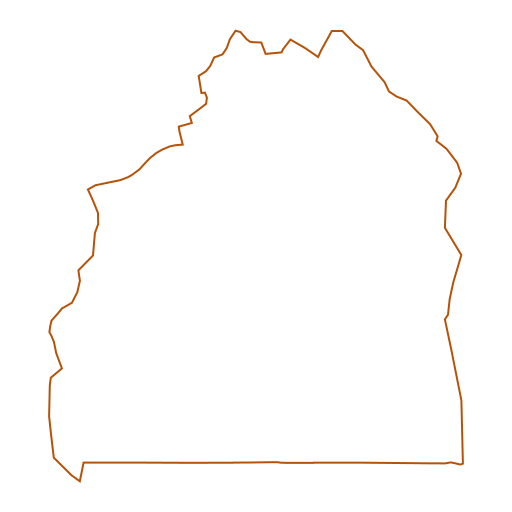 the district of Shagamu, Ogun, Nigeria
{"feature_id": "59680162B49213136576829", "entity_name": "Shagamu", "entity_type": "district", "adm_level": 2, "iso_a3": "NGA", "parent_name": "Nigeria", "parent_adm1": "Ogun", "projection": "natural_earth1", "projection_center": [3.559, 6.792], "detail": "fine", "context": "isolated", "style": "outline", "palette": "amber", "viewbox_px": 512, "rotation_deg": 0, "n_neighbors": 0, "source": "geoboundaries", "source_scale": "gbopen_adm2", "svg_char_len": 1601}
<svg xmlns="http://www.w3.org/2000/svg" viewBox="0 0 512 512"><path d="M290.5,39.6L282.9,49.4L281.6,52.4L265.6,53.9L261.3,42.5L252.9,42.2L249.9,41.7L246.4,39.0L240.5,32.1L235.6,30.7L233.0,34.5L229.9,39.2L226.8,47.9L222.5,54.4L214.1,57.5L210.2,66.0L206.0,71.2L198.7,75.9L201.4,93.0L204.9,92.6L206.9,97.6L206.1,103.8L197.5,110.4L189.8,116.1L191.8,123.0L178.8,126.6L179.5,131.6L182.7,144.6L175.5,145.2L169.8,146.4L162.4,149.5L156.3,153.0L150.0,158.0L144.2,164.1L139.3,169.5L131.7,175.1L127.9,177.2L120.4,180.1L95.6,185.2L87.9,189.5L89.8,193.6L93.2,201.1L98.0,213.0L98.2,224.0L94.9,233.1L93.0,255.5L78.4,270.3L79.9,280.8L77.3,292.2L71.9,302.8L62.0,308.4L58.0,313.3L51.5,320.6L50.2,326.4L49.4,332.2L51.3,335.6L53.9,341.8L56.2,353.1L61.9,368.4L50.8,377.7L49.8,385.5L49.1,416.2L51.1,434.9L53.8,457.7L71.4,475.2L79.8,481.3L83.6,462.6L119.5,462.6L133.1,462.6L138.5,462.6L162.1,462.7L186.4,462.8L196.0,462.8L233.2,462.7L233.5,462.6L234.7,462.6L250.7,462.5L257.6,462.4L271.7,462.2L276.6,462.2L278.6,462.3L279.1,462.5L280.1,462.6L281.3,462.7L284.8,462.8L287.2,462.9L313.6,462.9L313.7,462.7L341.3,462.7L363.9,462.7L427.7,463.3L445.1,463.4L450.6,462.4L454.9,463.2L459.6,464.4L460.9,464.4L462.9,463.6L461.4,400.5L451.6,351.2L444.9,319.4L448.0,314.7L449.7,298.9L453.4,281.9L457.3,268.8L461.3,255.0L444.9,227.8L446.0,200.6L455.3,187.7L461.0,173.7L457.2,162.8L446.5,148.8L436.4,140.9L437.6,136.3L430.2,124.3L417.1,111.4L406.7,100.6L396.5,96.5L389.0,91.5L384.6,82.2L371.5,66.6L363.1,50.2L355.3,44.4L342.4,31.0L331.8,31.0L321.0,50.6L318.1,57.0L305.3,48.2L290.5,39.6Z" fill="none" stroke="#b45309" stroke-width="2"/></svg>